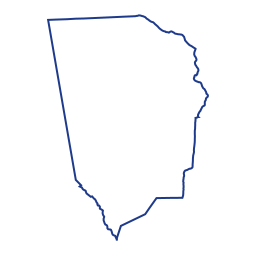 Ayoquezco de Aldama, Oaxaca, Mexico
{"feature_id": "50627088B77614818839858", "entity_name": "Ayoquezco de Aldama", "entity_type": "district", "adm_level": 2, "iso_a3": "MEX", "parent_name": "Mexico", "parent_adm1": "Oaxaca", "projection": "equal_earth", "projection_center": [-96.857, 16.668], "detail": "fine", "context": "isolated", "style": "outline", "palette": "blue", "viewbox_px": 256, "rotation_deg": 0, "n_neighbors": 0, "source": "geoboundaries", "source_scale": "gbopen_adm2", "svg_char_len": 4857}
<svg xmlns="http://www.w3.org/2000/svg" viewBox="0 0 256 256"><path d="M195.6,48.9L194.9,48.3L193.7,47.6L192.8,47.0L191.9,46.4L191.7,46.2L190.5,45.6L189.7,45.2L188.8,44.5L188.4,43.9L187.9,43.6L187.1,42.7L186.4,41.9L185.7,41.1L185.1,40.4L184.9,39.6L184.7,38.9L184.4,37.9L184.1,36.9L182.4,35.0L181.5,34.6L180.5,34.5L179.6,34.3L178.7,34.3L177.4,34.1L176.9,33.9L175.9,33.8L174.7,33.4L174.2,32.9L173.9,32.6L173.0,32.2L171.6,31.4L170.7,31.5L169.9,31.9L169.0,32.6L168.7,32.6L167.9,32.2L167.0,32.2L165.8,32.0L165.5,31.6L164.3,31.3L162.9,30.8L161.8,30.2L160.9,29.5L159.7,28.6L158.6,27.5L157.8,26.5L157.0,25.8L156.1,25.0L155.1,24.2L154.2,23.2L153.2,22.3L151.2,21.7L150.2,21.1L149.2,20.4L148.4,19.7L147.3,19.0L146.5,18.5L145.7,17.6L144.9,17.0L144.1,16.7L143.3,16.3L142.3,16.1L141.3,15.8L140.3,15.5L139.6,15.4L138.6,15.4L138.0,15.7L137.3,15.9L136.6,15.9L135.4,16.2L123.6,16.7L114.9,17.1L83.8,18.5L75.7,18.7L67.3,19.2L55.4,19.6L53.3,19.7L48.1,19.9L75.8,179.9L81.1,185.3L79.7,186.5L81.9,187.5L82.7,189.0L83.1,189.4L84.6,190.3L85.3,190.5L85.7,190.9L86.0,192.1L86.5,193.4L90.8,196.8L92.1,196.4L94.0,198.6L94.9,199.2L95.2,199.5L96.2,201.4L96.6,202.5L97.4,203.3L97.5,203.5L97.4,204.5L97.8,205.4L98.8,205.4L99.4,205.9L99.4,206.2L99.9,206.8L99.9,207.3L99.8,208.2L100.0,208.8L101.5,209.5L102.9,210.5L102.7,211.9L102.6,213.2L103.0,214.8L104.2,216.8L103.6,218.8L103.7,220.7L104.1,221.6L104.6,223.2L105.3,224.5L106.4,225.0L107.0,225.5L107.3,226.3L107.4,227.6L107.4,228.3L108.1,229.2L109.9,229.5L110.5,229.5L111.0,229.9L111.6,231.3L112.2,233.5L112.7,234.6L113.2,235.0L113.3,235.1L115.1,235.8L116.8,239.6L116.9,240.6L116.9,238.7L117.0,237.8L117.2,237.1L120.9,225.9L145.2,214.2L149.6,207.8L156.5,198.1L170.1,197.9L182.4,197.8L182.6,197.2L182.8,196.5L183.0,195.9L183.2,195.0L183.2,194.3L183.3,193.3L183.3,192.4L183.3,191.6L183.4,190.5L183.6,189.6L183.4,188.3L183.6,187.4L183.6,186.0L183.5,185.0L183.4,184.0L183.6,182.7L183.2,181.6L183.3,180.7L183.3,179.9L183.5,179.2L183.6,177.9L183.7,177.1L184.1,176.1L184.1,175.1L183.9,174.2L183.8,173.2L184.1,172.2L184.6,171.2L185.3,170.5L186.0,170.3L186.6,170.1L187.3,169.9L188.0,169.5L188.5,169.2L189.1,168.9L189.8,168.7L190.0,168.7L190.8,168.6L192.1,167.8L192.5,167.2L192.6,165.9L192.6,164.7L192.8,162.2L192.9,160.7L192.9,158.9L193.1,156.5L193.2,155.5L193.7,153.4L194.0,152.0L193.9,150.3L194.0,148.4L194.1,147.5L194.3,146.4L194.5,144.5L194.7,142.6L194.8,140.6L194.8,138.9L194.9,136.3L194.8,133.9L194.8,132.0L194.8,130.9L195.1,128.4L195.1,127.2L195.2,125.4L195.2,124.3L195.2,123.5L195.2,123.4L195.2,122.7L195.2,122.4L195.4,121.7L195.4,120.7L195.5,120.3L195.6,118.4L195.5,118.0L195.8,117.9L196.0,117.8L196.3,117.7L196.6,117.6L196.8,117.6L197.0,117.6L197.2,117.4L197.4,117.3L197.5,117.2L197.8,117.1L198.0,117.0L198.3,117.0L198.2,116.9L198.1,116.5L198.1,116.2L198.0,115.8L198.0,115.6L198.0,115.1L198.1,114.9L198.1,114.6L198.2,114.3L198.4,114.0L198.5,113.9L198.7,113.6L198.7,113.3L198.9,112.9L199.1,112.6L199.2,112.3L199.4,112.0L199.7,111.7L199.8,111.5L199.9,111.3L200.2,111.1L200.3,111.0L200.3,110.9L200.5,110.7L200.7,110.2L200.8,109.8L200.9,109.6L201.2,109.1L201.3,108.9L201.4,108.6L201.6,108.3L201.8,107.9L202.0,107.5L202.1,107.2L202.3,106.9L202.6,106.6L202.9,106.4L203.2,106.2L203.5,106.0L203.8,105.9L204.1,105.7L204.5,105.5L204.6,105.4L204.7,105.2L204.8,104.9L204.8,104.7L204.8,104.4L204.8,104.1L204.8,103.6L204.8,102.6L204.8,102.2L204.8,101.9L204.9,101.7L205.1,101.2L205.2,100.9L205.4,100.7L205.6,100.4L205.7,100.1L205.8,99.9L205.8,99.7L205.9,99.4L205.9,99.0L206.0,98.7L206.0,98.4L206.2,98.2L206.5,97.8L206.8,97.6L207.0,97.3L207.2,97.1L207.5,96.9L207.7,96.7L207.8,96.4L207.8,96.2L207.9,95.8L207.9,95.5L207.9,95.4L207.8,95.1L207.6,94.8L207.3,94.4L207.1,94.2L206.8,94.0L206.5,93.8L206.4,93.6L206.3,93.2L206.3,92.8L206.3,92.7L206.2,92.4L206.1,92.0L205.9,91.7L205.8,91.4L205.4,90.8L205.1,90.2L204.8,89.6L204.6,89.3L204.5,89.2L204.4,89.0L204.2,88.9L203.7,88.6L203.5,88.4L203.2,88.1L202.9,87.7L202.7,87.2L202.4,86.7L202.2,86.4L202.1,86.0L202.0,85.9L201.8,85.2L201.6,84.4L201.3,83.8L201.2,83.5L201.1,83.3L200.8,82.9L200.6,82.7L200.3,82.5L200.1,82.4L199.7,82.2L199.4,82.2L199.2,82.2L198.9,82.2L198.7,82.2L198.1,81.9L197.8,81.8L197.5,81.7L197.3,81.6L197.2,81.5L196.9,81.5L196.6,81.4L196.4,81.3L196.0,81.1L195.7,80.9L195.3,80.7L194.8,80.4L194.6,80.1L194.3,79.7L194.1,79.3L193.9,78.9L193.9,78.5L193.9,78.2L194.0,77.9L194.1,77.7L194.2,77.4L194.3,77.3L194.3,77.2L194.4,76.9L194.4,76.5L194.5,76.1L194.6,75.9L194.8,75.5L194.9,75.4L195.0,75.3L195.3,75.1L195.5,75.1L196.0,75.2L196.1,75.3L196.4,75.3L196.5,75.2L196.8,74.8L196.9,74.5L196.9,74.2L197.3,74.0L197.4,73.7L197.6,72.3L198.2,71.1L198.4,70.7L198.3,69.3L197.9,68.4L196.9,67.2L196.0,65.6L195.3,64.7L195.0,63.3L194.9,62.4L195.3,61.5L196.1,60.7L196.5,59.9L196.4,59.0L196.0,58.0L195.6,57.1L194.8,56.1L194.2,54.5L194.3,52.7L194.5,51.9L194.8,51.1L195.6,48.9Z" fill="none" stroke="#1e3a8a" stroke-width="2"/></svg>